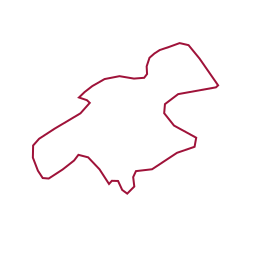 East Dunbartonshire, Natural Earth projection, rotated 147°
{"feature_id": "GBR-2002", "entity_name": "East Dunbartonshire", "entity_type": "Unitary District", "adm_level": 1, "iso_a3": "GBR", "parent_name": "United Kingdom", "parent_adm1": "", "projection": "natural_earth1", "projection_center": [-4.202, 55.959], "detail": "fine", "context": "isolated", "style": "outline", "palette": "rose", "viewbox_px": 256, "rotation_deg": 147, "n_neighbors": 0, "source": "natural_earth", "source_scale": "10m", "svg_char_len": 745}
<svg xmlns="http://www.w3.org/2000/svg" viewBox="0 0 256 256"><g transform="rotate(147 128 128)"><path d="M164.4,73.4L166.6,79.2L165.2,89.0L170.3,92.5L174.4,91.4L174.4,108.9L177.4,125.1L184.2,132.5L190.9,130.1L205.5,128.8L222.0,128.8L226.8,132.5L226.8,141.3L223.9,155.0L217.1,165.0L208.4,167.4L190.0,167.4L159.9,166.2L146.4,169.9L147.3,173.7L152.5,180.3L144.7,181.8L135.1,182.6L121.0,181.8L106.9,176.1L96.1,166.2L87.1,161.3L82.6,162.9L78.8,169.5L71.7,175.2L65.3,176.1L58.9,176.1L49.3,173.6L38.5,171.1L37.1,169.7L32.1,164.5L30.2,147.3L29.2,114.7L32.1,114.2L67.5,129.1L84.0,127.9L89.6,120.7L88.1,105.0L76.1,82.7L82.4,76.0L100.4,80.5L130.3,80.3L144.8,87.5L150.4,84.0L154.6,75.5L164.4,73.4Z" fill="none" stroke="#9f1239" stroke-width="2"/></g></svg>